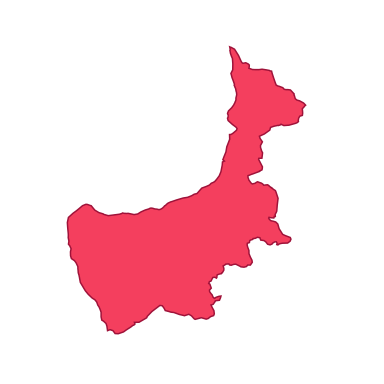 outline of Sagaing, Sagaing, Myanmar, rotated 161°
{"feature_id": "60261553B34432285334983", "entity_name": "Sagaing", "entity_type": "district", "adm_level": 2, "iso_a3": "MMR", "parent_name": "Myanmar", "parent_adm1": "Sagaing", "projection": "robinson", "projection_center": [95.553, 21.913], "detail": "fine", "context": "isolated", "style": "filled", "palette": "rose", "viewbox_px": 384, "rotation_deg": 161, "n_neighbors": 0, "source": "geoboundaries", "source_scale": "gbopen_adm2", "svg_char_len": 5960}
<svg xmlns="http://www.w3.org/2000/svg" viewBox="0 0 384 384"><g transform="rotate(161 192 192)"><path d="M109.1,316.9L109.4,314.6L109.7,314.1L109.8,313.8L110.1,313.5L110.2,312.3L110.3,311.8L110.4,311.2L110.5,310.7L110.5,309.1L110.5,308.6L110.5,307.9L110.5,307.5L110.3,305.1L111.7,299.8L113.7,294.3L116.6,291.4L116.7,289.4L116.9,287.3L116.8,283.6L116.8,280.1L117.4,279.1L117.3,278.4L117.2,277.5L117.3,276.8L117.2,276.6L117.1,275.6L117.2,274.8L117.4,273.5L117.5,272.9L117.5,272.2L117.5,271.8L117.6,271.4L117.9,270.0L118.0,269.6L118.2,269.2L118.5,268.7L118.9,268.0L119.5,267.2L119.8,266.6L119.9,266.4L120.1,265.9L120.2,265.5L120.3,265.1L120.6,264.7L121.3,263.7L121.7,263.4L122.1,262.8L122.5,262.4L122.9,262.0L123.3,261.7L123.6,261.3L124.0,260.9L124.4,260.6L125.1,260.1L125.5,259.8L126.0,259.5L126.5,259.1L126.9,258.8L131.1,256.8L132.8,254.8L132.9,254.1L132.7,253.1L132.8,252.7L133.1,252.1L133.3,251.6L133.3,251.4L133.4,251.1L133.8,250.7L134.4,250.3L134.6,247.8L133.4,245.6L131.8,242.7L129.4,239.2L128.7,237.4L129.8,235.9L133.9,234.3L136.2,233.7L137.8,234.1L139.2,229.6L141.7,226.6L144.4,223.4L146.9,218.8L150.3,214.9L152.2,212.6L152.3,212.5L151.7,211.4L151.3,210.7L153.4,210.5L154.7,207.5L158.0,201.8L161.0,198.4L164.5,196.0L167.3,194.4L168.2,194.3L169.0,194.1L169.9,194.1L171.0,194.0L173.2,192.9L176.6,192.6L181.5,192.5L186.4,189.7L186.9,189.4L187.7,189.0L187.8,188.9L190.7,189.2L193.5,188.6L197.9,188.4L202.4,189.2L209.1,189.5L214.2,189.5L215.2,189.6L216.2,189.5L217.3,189.4L218.3,189.3L219.4,188.9L220.2,188.6L220.9,188.2L221.6,187.9L222.5,187.8L223.3,187.2L224.3,186.8L225.0,186.4L226.3,186.1L227.5,185.9L228.6,186.0L229.6,186.4L230.7,187.2L231.9,187.7L233.0,188.3L234.0,189.1L235.0,189.7L235.9,190.1L236.8,190.3L237.7,190.2L238.2,190.1L238.5,190.0L239.3,190.1L242.1,190.2L246.7,189.8L250.5,188.9L254.1,189.5L259.3,192.6L261.2,193.1L261.5,193.3L261.9,193.4L262.2,193.6L262.4,193.6L262.7,193.7L263.0,193.9L263.4,194.1L263.6,194.2L264.2,194.6L264.6,194.8L265.5,194.5L266.7,194.6L267.2,194.6L267.8,194.6L278.9,196.9L282.9,199.7L283.0,200.1L283.2,200.3L286.7,202.8L289.8,206.5L291.8,211.9L292.4,212.2L292.6,212.4L295.1,214.4L296.5,214.9L300.0,214.7L304.6,212.9L307.3,211.9L311.5,210.6L315.2,209.0L317.1,208.2L319.8,203.7L321.1,198.9L322.5,193.1L323.0,191.4L323.9,189.1L324.4,185.6L325.8,182.9L325.1,180.9L324.8,177.7L326.4,175.0L327.6,171.2L327.7,168.3L325.5,165.4L324.7,163.0L324.2,158.6L325.0,156.2L325.0,155.8L325.8,152.8L325.9,151.7L325.9,150.4L326.2,148.1L326.5,146.3L326.7,144.9L327.0,142.9L325.7,136.6L325.0,133.3L323.4,129.0L320.9,124.2L318.9,121.7L317.9,118.9L317.9,115.8L317.3,113.5L317.1,110.6L317.1,107.9L318.6,103.5L319.0,100.2L317.7,98.7L316.1,95.7L316.1,93.0L317.0,88.4L314.5,88.5L313.7,88.2L313.6,87.9L311.9,86.7L310.8,83.2L307.9,82.0L306.6,82.0L302.3,82.0L299.0,83.0L293.7,84.3L291.4,85.1L290.4,85.1L289.2,85.5L288.9,85.8L288.9,87.5L284.5,86.1L277.4,87.5L277.1,87.5L275.7,87.9L274.8,89.0L268.7,92.1L259.3,95.2L257.1,94.1L256.2,91.0L255.9,88.6L252.7,86.5L251.1,85.3L248.4,84.0L243.8,80.3L240.4,78.2L239.5,77.5L234.8,77.4L232.8,75.1L231.7,72.5L231.2,71.4L230.5,70.6L228.2,70.4L224.1,70.1L220.0,67.2L217.9,67.1L215.0,68.1L211.8,68.1L210.6,69.5L209.9,72.7L210.5,76.1L210.8,79.0L208.6,78.9L205.8,80.9L205.8,81.2L205.1,81.5L201.3,80.7L199.5,82.7L198.5,84.2L200.5,84.6L203.6,84.6L205.1,84.1L205.2,84.4L205.7,84.5L206.0,85.2L206.3,85.6L206.5,88.4L207.1,89.7L207.8,92.0L207.4,93.6L205.1,94.8L205.1,99.1L206.0,100.0L205.9,100.1L205.5,100.4L205.3,100.9L204.7,101.6L203.5,101.5L203.0,101.6L202.1,102.5L201.0,103.6L200.1,104.4L198.0,103.9L197.0,102.6L196.3,103.1L196.2,103.6L195.1,105.5L192.8,105.5L190.8,105.2L190.1,105.7L190.1,105.8L189.6,105.8L187.4,107.7L186.8,109.2L186.6,112.0L184.9,112.3L183.8,112.6L183.6,112.8L182.0,112.4L180.5,112.0L180.4,111.1L179.9,110.5L179.2,110.3L178.8,110.0L176.1,110.0L174.1,109.5L170.9,106.3L170.1,105.3L167.3,104.0L164.8,103.8L163.1,104.8L160.6,103.9L157.9,105.9L157.5,108.0L158.0,111.4L158.2,115.1L157.2,118.2L157.3,121.7L157.1,124.0L156.4,125.5L154.2,125.5L153.3,127.1L152.6,127.5L150.0,127.4L149.5,128.1L147.2,127.6L145.0,127.9L142.7,126.7L142.7,124.2L139.7,122.6L138.5,120.9L137.5,118.0L135.4,116.6L133.3,116.7L132.3,117.4L130.0,117.9L128.5,117.5L128.2,115.8L129.0,114.7L128.0,114.0L127.2,114.2L126.6,114.5L124.9,114.4L123.1,114.1L118.2,112.6L115.3,113.5L113.8,115.2L113.9,117.0L118.3,120.7L120.1,122.5L120.8,125.6L121.6,128.9L121.3,133.8L122.6,136.4L124.5,137.8L126.8,139.2L127.8,141.0L128.0,142.4L127.4,143.0L126.1,142.1L124.0,141.2L123.1,140.8L122.3,141.9L122.1,141.6L121.2,141.7L120.7,143.7L118.9,145.4L118.1,146.3L115.7,151.8L112.7,158.0L112.6,164.7L112.7,166.2L114.2,168.1L115.0,169.6L115.2,170.0L115.5,170.0L115.6,170.5L116.1,170.8L116.3,171.3L117.1,172.5L117.2,173.0L117.8,173.6L118.0,174.1L118.5,174.3L122.0,175.1L122.5,176.5L123.5,177.8L125.6,179.4L126.6,180.3L127.9,180.2L129.5,179.7L132.4,180.0L133.1,181.0L133.5,182.1L134.3,184.7L134.3,187.7L133.7,189.3L132.4,189.2L129.6,189.4L129.3,189.3L121.3,189.5L121.3,189.9L118.7,190.1L118.0,191.1L117.2,192.9L117.5,195.0L118.4,201.3L117.9,202.1L114.9,201.2L113.7,203.6L112.5,206.1L112.8,208.0L112.7,211.8L112.1,213.7L111.2,214.5L109.1,216.5L110.2,220.5L110.1,222.8L104.7,223.3L98.3,225.2L96.7,227.5L93.0,227.5L88.9,227.0L88.6,226.7L86.4,226.7L85.8,227.1L83.5,224.9L78.5,223.6L71.5,223.2L69.6,223.4L68.4,224.0L68.3,224.9L67.1,227.1L65.4,228.6L62.7,228.5L61.7,230.5L61.2,232.3L60.6,234.8L58.3,236.0L57.3,236.7L56.3,237.1L57.1,238.9L57.6,239.9L60.6,243.2L62.8,244.7L64.0,246.6L63.8,250.0L64.0,250.6L63.5,251.4L64.4,253.5L65.7,256.4L67.8,257.5L69.8,258.2L71.3,259.0L72.2,261.1L75.2,263.6L76.3,264.3L76.9,264.8L77.1,265.3L77.6,265.6L77.7,269.1L77.7,273.6L77.6,278.1L77.4,280.4L78.8,281.1L79.3,281.8L82.2,283.4L85.8,285.3L88.8,285.9L92.6,287.2L95.1,288.2L97.9,290.5L97.1,291.8L96.5,293.4L97.1,294.7L99.1,296.7L101.9,297.1L102.6,297.9L103.0,299.5L103.6,306.0L105.3,313.2L108.2,316.3L108.7,316.5L109.1,316.9Z" fill="#f43f5e" stroke="#9f1239" stroke-width="1.5"/></g></svg>